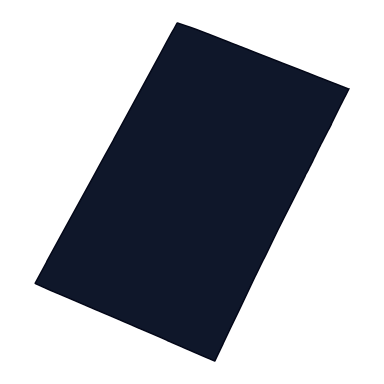 the district of Grindu, Ialomita, Romania
{"feature_id": "2599482B93740752830620", "entity_name": "Grindu", "entity_type": "district", "adm_level": 2, "iso_a3": "ROU", "parent_name": "Romania", "parent_adm1": "Ialomita", "projection": "natural_earth1", "projection_center": [26.934, 44.758], "detail": "fine", "context": "isolated", "style": "filled", "palette": "ink", "viewbox_px": 384, "rotation_deg": 0, "n_neighbors": 0, "source": "geoboundaries", "source_scale": "gbopen_adm2", "svg_char_len": 1951}
<svg xmlns="http://www.w3.org/2000/svg" viewBox="0 0 384 384"><path d="M214.9,360.9L216.9,356.6L223.0,343.9L223.0,343.7L230.9,327.1L239.2,310.0L247.1,293.3L255.4,275.8L255.8,275.1L257.5,271.6L259.2,268.1L260.4,265.6L263.1,260.1L263.9,258.6L264.0,258.5L266.0,254.5L269.8,246.6L272.6,240.8L278.1,229.4L281.5,222.7L284.6,216.5L292.3,201.4L295.6,194.8L296.0,194.0L302.6,181.0L304.9,176.4L305.3,175.5L305.4,175.0L306.4,173.2L306.8,172.6L307.5,171.3L308.2,170.1L309.0,168.3L309.2,167.8L309.4,167.5L310.0,166.4L310.3,165.7L310.7,165.2L311.2,164.0L311.7,163.1L312.4,161.8L313.2,160.0L314.1,158.0L315.0,156.3L315.8,154.6L316.6,152.9L318.4,149.3L319.3,147.4L320.2,145.8L320.9,144.2L322.4,141.5L324.3,137.7L325.6,135.2L328.1,130.3L328.7,129.3L329.2,128.5L330.1,126.7L331.3,124.4L331.4,123.8L332.2,122.1L335.1,116.2L339.1,108.1L340.6,105.1L341.3,103.8L343.0,100.4L344.6,97.2L345.1,96.4L345.4,95.8L345.6,95.4L347.7,91.2L348.0,90.5L348.1,90.4L348.4,89.9L348.6,89.4L348.7,89.2L348.8,89.0L348.7,89.0L348.1,88.8L347.7,88.6L347.3,88.5L345.9,87.9L344.7,87.5L344.4,87.3L343.0,86.8L327.9,80.9L321.1,78.2L318.6,77.3L312.4,74.8L310.6,74.1L297.7,69.0L292.0,66.8L288.9,65.6L287.6,65.1L281.6,62.8L255.3,52.5L248.3,49.7L231.8,43.3L214.4,36.4L203.0,32.0L196.0,29.3L190.1,27.2L186.1,25.9L181.1,24.2L179.0,23.5L177.7,23.0L177.2,23.1L176.9,23.5L176.5,24.2L176.2,24.8L173.5,29.8L173.2,30.2L173.0,30.7L172.8,30.9L172.6,31.1L172.3,31.8L171.8,32.6L166.4,42.5L160.3,53.9L124.7,119.3L119.1,129.6L114.7,137.6L113.7,139.5L113.6,139.9L105.0,155.3L98.8,166.6L94.8,174.0L65.5,227.3L46.9,261.3L46.6,262.2L35.2,283.2L35.5,283.6L50.8,290.5L65.6,296.7L90.0,307.2L96.5,310.0L96.8,310.1L106.5,314.2L117.6,318.9L117.8,319.0L118.2,319.2L124.9,322.1L129.2,323.9L138.7,328.1L152.0,333.7L157.1,335.9L159.0,336.7L162.2,338.1L166.9,340.2L167.4,340.6L177.2,344.8L187.0,349.1L195.3,352.7L203.4,356.2L207.4,357.9L214.2,360.8L214.7,361.0L214.9,360.9Z" fill="#0f172a" stroke="#020617" stroke-width="1.5"/></svg>